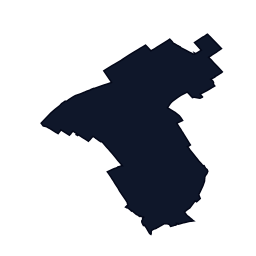 George Enescu, Botosani, Romania, rotated 7°
{"feature_id": "2599482B98474563390091", "entity_name": "George Enescu", "entity_type": "district", "adm_level": 2, "iso_a3": "ROU", "parent_name": "Romania", "parent_adm1": "Botosani", "projection": "natural_earth1", "projection_center": [26.526, 48.025], "detail": "fine", "context": "isolated", "style": "filled", "palette": "ink", "viewbox_px": 256, "rotation_deg": 7, "n_neighbors": 0, "source": "geoboundaries", "source_scale": "gbopen_adm2", "svg_char_len": 5674}
<svg xmlns="http://www.w3.org/2000/svg" viewBox="0 0 256 256"><g transform="rotate(7 128 128)"><path d="M204.5,212.2L203.5,211.7L203.0,211.3L202.4,210.8L202.0,210.6L200.9,209.9L200.6,209.7L200.4,209.6L199.7,209.2L199.4,208.8L199.0,208.6L198.9,208.6L197.3,207.7L196.5,206.9L196.0,206.4L195.9,206.3L195.7,206.0L195.3,205.6L194.9,205.2L194.6,204.9L194.2,204.4L195.2,203.5L196.2,202.4L198.0,200.7L199.1,199.8L203.4,192.3L205.1,192.9L207.7,189.9L208.3,189.2L206.7,186.3L206.3,185.1L206.8,184.1L207.5,182.1L209.4,176.2L209.6,175.3L210.4,171.7L210.4,170.5L210.3,170.3L210.3,169.1L210.3,168.4L210.2,167.1L210.9,165.4L211.8,163.8L212.0,163.2L212.5,161.2L212.4,161.0L212.2,160.8L211.8,159.9L211.6,159.7L211.3,159.4L209.9,158.6L209.6,158.4L209.5,158.2L209.4,157.8L208.4,156.7L208.2,156.4L208.2,156.2L207.9,156.0L207.6,156.2L207.3,156.4L206.9,156.3L206.5,155.9L205.1,154.5L202.1,152.0L201.4,151.2L199.8,149.6L199.0,148.9L196.6,146.5L194.1,144.1L192.0,142.1L191.0,140.8L190.0,140.0L189.6,139.6L189.3,139.3L189.7,139.0L190.2,138.7L190.8,138.3L192.0,137.2L190.7,135.7L189.0,133.5L184.4,127.8L183.6,126.8L182.8,125.7L182.3,125.3L181.2,123.9L180.7,123.1L178.9,121.1L175.8,117.3L178.7,115.5L181.3,113.9L179.5,111.7L179.2,111.4L177.5,109.7L177.1,109.4L174.5,107.8L172.7,106.7L171.9,106.4L167.8,104.5L164.7,103.1L166.5,99.5L166.4,99.5L166.7,98.8L167.5,97.8L168.2,96.8L169.0,95.9L172.7,92.4L174.6,90.7L176.6,89.0L182.4,85.1L185.3,87.4L186.1,88.2L187.7,89.4L188.2,90.0L189.0,89.7L189.8,89.4L195.5,89.7L196.0,89.6L197.3,88.8L198.1,88.3L198.2,88.1L197.7,87.6L196.7,86.8L195.5,85.6L201.9,81.2L205.4,78.5L205.3,78.4L207.7,76.7L209.0,75.7L207.7,74.4L207.5,74.0L207.4,73.5L207.4,73.0L207.4,72.7L207.3,72.2L207.1,72.0L206.5,71.1L206.1,70.8L204.7,70.0L204.1,69.5L204.9,68.9L205.0,69.0L207.8,67.0L208.1,66.7L208.3,66.5L208.2,66.3L208.3,66.3L210.7,64.4L214.3,61.4L214.8,60.8L209.5,56.3L205.1,52.8L203.1,51.0L202.5,50.4L201.1,49.4L199.4,48.0L200.6,46.9L201.4,46.3L202.1,45.7L202.4,45.3L206.7,41.8L207.5,40.9L208.4,40.2L211.1,37.8L205.0,32.8L201.1,29.7L198.2,27.3L197.3,26.7L195.5,25.2L194.8,25.6L193.3,27.1L192.1,28.1L191.3,28.5L183.6,35.1L191.3,41.8L188.4,44.2L186.2,45.9L185.5,45.7L184.7,45.4L184.9,45.7L185.3,46.2L185.3,46.3L185.2,46.4L184.8,46.4L184.2,46.6L183.8,46.7L183.4,46.6L182.1,46.0L179.8,45.3L175.7,43.7L171.5,42.2L170.3,41.7L170.2,41.4L170.1,41.2L169.9,41.1L169.3,41.0L169.1,41.0L168.4,40.5L168.0,40.4L167.9,40.3L167.3,40.4L167.2,40.2L166.8,40.0L165.2,39.3L164.4,38.9L163.9,38.7L163.5,38.6L163.3,38.7L162.6,38.2L162.3,38.1L161.5,37.1L160.6,36.3L158.6,34.7L157.2,36.0L153.0,39.4L147.1,44.1L144.8,46.1L141.3,48.6L137.8,45.6L135.3,43.6L132.7,45.7L130.0,47.7L128.6,48.9L125.3,51.4L120.4,55.3L114.2,60.5L114.4,60.6L108.9,64.8L106.3,66.8L104.9,67.8L101.4,70.6L98.3,73.1L97.0,74.2L103.9,82.1L105.0,83.3L106.0,84.4L106.1,84.7L106.1,84.8L102.6,86.6L98.8,88.3L92.4,91.5L89.6,92.9L89.4,92.8L89.2,92.8L86.6,94.2L86.5,94.3L86.4,94.4L86.4,94.6L83.8,95.9L82.5,96.5L81.1,97.4L80.7,97.7L80.3,97.8L76.9,99.8L74.0,101.2L71.9,102.2L69.7,103.8L65.5,107.3L65.1,107.8L64.0,108.7L63.5,109.1L63.2,109.1L62.9,109.0L62.4,109.0L62.2,109.1L60.3,110.9L59.2,111.8L58.7,112.5L58.3,113.1L57.7,114.0L53.4,118.3L49.6,122.5L41.2,133.8L43.2,135.9L43.6,136.3L46.8,136.6L47.1,136.7L49.4,137.7L50.0,137.8L56.9,141.1L58.5,141.7L59.3,142.1L61.2,138.9L61.6,138.0L66.7,140.4L70.7,142.3L71.4,141.3L71.8,140.9L72.3,139.8L73.7,137.8L74.4,138.1L75.7,138.8L77.9,139.9L77.3,140.9L79.0,141.6L79.6,140.7L80.9,141.4L82.7,142.3L83.6,142.8L87.0,144.3L88.4,145.0L89.3,145.4L90.3,146.0L90.7,145.4L91.8,144.1L92.4,143.1L94.2,140.5L94.8,140.7L95.6,141.2L96.4,141.5L96.6,141.6L97.1,142.1L97.7,142.3L99.5,143.3L100.7,144.0L102.6,144.9L102.9,145.0L103.7,144.8L104.0,144.9L104.1,145.0L104.8,145.6L108.9,149.4L110.7,150.9L111.5,151.5L112.3,152.4L115.4,155.1L119.3,158.8L119.5,159.0L120.1,159.6L120.5,160.0L121.5,161.0L121.8,161.3L125.8,164.9L126.8,166.0L126.6,166.0L126.0,166.4L124.9,166.9L124.1,167.5L123.8,167.7L123.5,167.7L123.2,167.6L122.9,167.7L122.7,167.9L122.5,168.1L122.4,168.3L121.9,168.7L120.6,169.4L119.8,169.7L117.7,170.9L114.6,172.9L113.7,173.4L112.8,174.0L113.8,175.0L116.9,178.5L118.4,180.4L120.5,182.8L121.0,183.6L122.8,185.8L125.4,188.8L127.3,191.5L128.6,193.0L130.6,195.3L134.6,199.8L136.3,201.9L136.6,202.9L137.0,203.7L137.2,203.9L137.4,204.2L137.4,204.3L137.1,205.4L136.5,205.2L135.2,206.8L136.0,207.1L136.3,207.3L137.0,207.3L138.1,207.6L138.5,207.8L139.2,208.4L140.8,209.3L140.9,209.5L141.1,209.7L141.4,209.7L141.4,209.9L141.5,210.0L141.8,210.1L142.1,209.8L142.5,209.8L143.1,210.3L146.1,212.3L147.0,212.9L147.4,212.8L148.0,213.1L148.3,213.1L148.9,213.6L149.8,214.1L150.6,214.4L151.0,213.7L151.4,213.8L151.6,213.9L151.7,214.0L151.8,214.1L152.3,214.3L152.7,214.4L153.7,214.8L154.4,214.2L155.0,213.9L154.2,214.9L154.0,215.1L153.8,215.4L153.6,215.9L153.5,216.2L153.7,216.9L153.6,217.3L153.5,217.5L153.3,217.8L153.0,218.5L153.1,219.3L153.2,219.7L153.4,220.1L154.0,221.1L154.5,221.9L155.1,222.6L155.2,222.9L155.5,222.9L156.3,222.5L156.4,222.8L156.6,223.0L158.0,224.4L158.5,225.0L159.3,226.1L161.9,229.5L162.2,229.9L162.7,230.3L163.3,230.6L163.7,230.8L163.9,230.2L163.7,228.7L163.7,227.9L163.7,227.5L163.9,227.0L164.3,226.4L164.6,226.2L166.3,225.0L167.2,224.7L168.3,224.1L168.9,223.6L169.3,223.1L169.7,222.9L169.9,222.9L171.7,221.5L172.6,220.9L175.6,218.6L177.2,218.5L178.5,218.3L180.3,218.6L180.7,218.7L181.1,218.9L182.1,220.3L182.3,220.5L185.2,219.3L185.4,219.1L185.8,218.9L186.6,218.8L186.8,218.7L187.5,218.3L188.0,218.0L188.2,217.8L188.3,217.7L188.2,217.5L187.7,216.7L189.5,216.7L189.8,217.3L191.4,216.7L194.3,215.4L195.7,215.0L199.3,213.6L200.7,213.1L202.3,212.8L204.5,212.2Z" fill="#0f172a" stroke="#020617" stroke-width="1.5"/></g></svg>